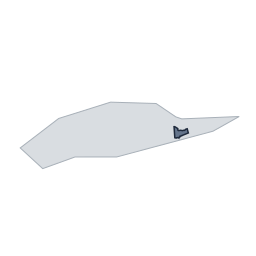 Ulimang, Ngaraard, Palau (highlighted), rotated 68°
{"feature_id": "81905179B13988178862867", "entity_name": "Ulimang", "entity_type": "district", "adm_level": 2, "iso_a3": "PLW", "parent_name": "Palau", "parent_adm1": "Ngaraard", "projection": "equal_earth", "projection_center": [134.641, 7.614], "detail": "fine", "context": "in_parent", "style": "filled", "palette": "slate", "viewbox_px": 256, "rotation_deg": 68, "n_neighbors": 0, "source": "geoboundaries", "source_scale": "gbopen_adm2", "svg_char_len": 1700}
<svg xmlns="http://www.w3.org/2000/svg" viewBox="0 0 256 256"><g transform="rotate(68 128 128)"><path d="M133.7,222.3L106.1,235.4L93.2,188.7L97.5,134.5L115.8,92.8L135.6,79.5L139.7,74.7L159.0,20.6L162.8,50.4L150.6,149.4L135.0,188.0L133.7,222.3Z" fill="#d9dde1" stroke="#a8b0b8" stroke-width="1"/><path d="M154.2,73.8L150.9,73.4L150.8,74.3L150.8,74.9L150.8,75.2L150.9,75.5L151.1,75.7L151.2,75.9L151.3,76.0L151.4,76.3L151.4,76.5L151.2,76.9L151.0,77.2L150.9,77.4L150.9,77.6L150.9,78.2L150.9,78.3L150.8,78.6L150.5,79.0L150.2,79.5L149.8,80.1L149.7,80.5L149.6,80.9L149.5,81.7L149.4,81.9L149.3,82.1L149.2,82.3L148.9,82.5L148.7,82.5L148.3,82.5L148.0,82.4L147.8,82.2L147.6,82.1L147.2,82.1L146.8,82.3L146.0,82.9L144.6,83.9L144.3,84.2L144.1,84.5L144.0,84.8L154.4,88.2L154.5,88.2L154.8,88.1L154.8,87.9L154.9,87.7L155.0,87.7L155.1,87.4L155.2,87.2L155.2,86.9L155.3,86.8L155.3,86.7L155.4,86.4L155.5,86.4L155.5,86.2L155.4,86.0L155.4,85.9L155.4,85.7L155.5,85.6L155.6,85.4L155.7,85.2L155.8,85.1L155.8,84.9L155.9,84.7L155.9,84.4L156.0,84.4L155.9,84.2L156.0,84.2L155.9,84.1L155.9,83.8L155.9,83.7L155.8,83.4L155.7,83.4L155.7,83.2L155.4,83.0L155.4,82.9L155.2,82.8L155.2,83.0L155.0,83.3L154.9,83.4L155.0,83.1L155.1,82.9L155.2,82.7L155.3,82.6L155.3,82.4L155.3,82.2L155.3,81.9L155.3,81.7L155.3,81.4L155.2,81.2L155.3,81.1L155.3,80.9L155.3,80.6L155.2,80.5L155.2,80.3L155.2,80.1L155.2,79.9L155.2,79.7L155.2,79.4L155.2,79.2L155.2,78.8L155.2,78.7L155.2,78.4L155.2,78.1L155.2,77.9L155.2,77.7L155.2,77.3L155.2,77.2L155.2,76.9L155.2,76.7L155.2,76.3L155.2,76.0L155.2,75.8L155.2,75.5L155.2,75.4L155.2,75.1L155.2,74.9L155.2,74.6L155.2,74.4L155.2,74.2L155.2,73.9L154.2,73.8Z" fill="#64748b" stroke="#1e293b" stroke-width="1.5"/></g></svg>